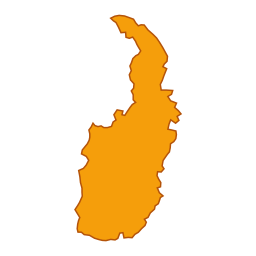 Figueira, Paraná, Brazil
{"feature_id": "56859067B25501189967357", "entity_name": "Figueira", "entity_type": "district", "adm_level": 2, "iso_a3": "BRA", "parent_name": "Brazil", "parent_adm1": "Paraná", "projection": "orthographic", "projection_center": [-50.428, -23.857], "detail": "fine", "context": "isolated", "style": "filled", "palette": "amber", "viewbox_px": 256, "rotation_deg": 0, "n_neighbors": 0, "source": "geoboundaries", "source_scale": "gbopen_adm2", "svg_char_len": 1986}
<svg xmlns="http://www.w3.org/2000/svg" viewBox="0 0 256 256"><path d="M175.9,131.0L171.8,130.0L167.9,129.2L169.0,124.2L170.7,119.8L175.6,123.2L178.9,120.4L177.1,116.4L181.0,113.9L178.3,110.6L174.6,107.4L176.5,103.1L170.6,100.8L167.8,96.5L171.5,94.3L172.7,90.5L166.5,90.1L161.2,90.1L160.3,84.4L162.3,80.3L163.9,75.7L166.7,68.7L162.9,66.7L164.3,64.0L167.0,61.3L167.5,56.3L162.7,47.5L159.5,42.3L156.6,38.0L153.0,34.4L147.9,29.9L144.2,25.0L141.1,24.8L138.3,25.8L135.7,22.9L133.5,19.2L129.4,17.7L124.6,16.0L119.2,15.4L114.8,16.2L110.7,18.2L113.4,20.8L116.0,22.5L118.4,27.0L121.0,32.7L125.6,32.3L126.0,37.3L129.3,38.3L132.7,37.1L135.5,41.2L136.9,44.4L138.5,47.2L140.7,50.9L138.4,54.4L135.8,55.7L132.9,58.5L131.3,63.1L129.9,66.0L131.3,70.7L129.3,74.8L130.5,79.9L134.0,83.8L133.6,88.2L131.3,90.9L133.2,94.7L133.2,99.8L135.6,102.4L132.3,104.5L130.0,107.5L127.1,111.8L124.8,115.4L122.0,114.7L122.9,111.0L117.1,109.9L113.9,114.7L116.0,120.0L113.1,122.0L111.5,126.4L107.4,127.6L103.8,127.6L101.1,125.9L98.0,126.6L94.9,125.6L93.0,123.2L91.2,126.9L88.9,130.0L89.8,133.9L89.8,137.2L89.2,140.2L87.3,143.9L85.3,146.3L82.3,150.0L81.5,153.9L86.3,156.4L88.7,160.3L86.2,165.1L83.4,168.4L78.7,170.5L79.9,176.8L80.5,182.6L82.0,188.1L82.0,192.4L82.3,196.2L80.8,199.6L79.5,202.5L77.6,205.7L75.0,209.6L77.0,212.9L79.8,217.5L78.6,220.4L77.7,224.1L77.2,228.8L78.0,232.1L81.4,232.2L84.2,234.6L89.5,235.3L94.5,238.2L99.1,239.6L102.5,240.4L106.0,240.6L110.7,239.4L115.1,239.9L117.8,238.4L119.8,233.1L122.9,232.7L124.0,237.9L128.3,237.4L132.1,237.7L134.9,234.3L138.3,232.3L141.6,228.6L145.0,225.5L146.3,222.2L144.4,219.2L148.0,217.4L150.3,212.9L154.5,209.1L155.1,205.9L158.3,203.7L159.4,200.6L160.4,197.5L163.0,195.9L159.4,192.8L157.3,187.9L160.5,186.8L160.8,182.6L158.7,179.2L157.0,175.6L157.6,171.7L161.2,172.0L164.0,168.8L162.1,165.9L163.1,160.5L165.5,157.0L167.4,154.3L169.4,151.9L170.2,147.9L170.5,143.8L173.8,141.6L175.8,138.7L176.4,134.6L175.9,131.0Z" fill="#f59e0b" stroke="#b45309" stroke-width="1.5"/></svg>